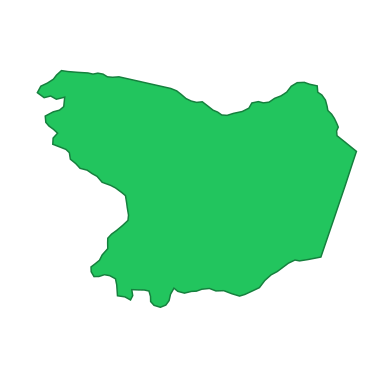 Bananeiras, Paraíba, Brazil, rotated 274°
{"feature_id": "56859067B72565003837618", "entity_name": "Bananeiras", "entity_type": "district", "adm_level": 2, "iso_a3": "BRA", "parent_name": "Brazil", "parent_adm1": "Paraíba", "projection": "natural_earth1", "projection_center": [-35.597, -6.693], "detail": "fine", "context": "isolated", "style": "filled", "palette": "green", "viewbox_px": 384, "rotation_deg": 274, "n_neighbors": 0, "source": "geoboundaries", "source_scale": "gbopen_adm2", "svg_char_len": 1844}
<svg xmlns="http://www.w3.org/2000/svg" viewBox="0 0 384 384"><g transform="rotate(274 192 192)"><path d="M301.8,111.1L300.9,104.8L301.0,99.6L303.4,95.0L304.0,89.8L302.7,85.0L303.5,79.9L303.4,69.7L303.5,59.9L304.0,53.3L299.2,48.7L294.9,45.9L290.6,40.2L287.0,33.8L280.3,30.8L275.8,37.9L277.9,44.3L275.1,50.2L277.7,58.4L268.2,58.1L264.4,54.1L262.3,48.0L257.5,40.3L251.3,41.3L247.9,44.6L244.8,49.5L241.3,53.8L236.1,49.7L229.9,49.8L227.9,56.3L225.7,63.3L222.7,66.9L216.2,68.4L212.2,74.1L207.8,78.7L206.5,85.8L203.3,91.2L201.0,96.2L195.4,101.7L193.0,110.1L190.8,115.3L186.6,121.9L183.7,125.9L176.0,127.7L172.0,128.5L164.5,130.3L159.2,130.1L154.1,125.4L148.5,119.6L144.4,114.7L140.0,111.2L135.4,111.4L129.6,111.9L123.0,106.8L117.5,104.5L113.8,100.6L110.2,96.5L105.4,97.0L100.8,100.1L101.2,105.0L103.4,110.4L102.8,115.8L100.1,121.7L94.1,123.4L83.3,124.9L82.7,132.4L80.0,138.2L84.5,140.1L90.4,138.7L90.6,145.2L90.9,151.3L90.2,156.0L84.9,157.9L79.8,158.4L76.3,162.0L74.8,168.5L77.4,173.8L82.0,176.7L88.5,177.7L94.8,180.7L91.9,184.8L90.6,191.5L92.8,198.4L93.4,203.3L95.7,208.6L97.0,216.1L95.0,222.7L95.8,230.6L93.3,238.8L91.5,246.7L93.5,251.9L97.2,258.6L101.3,265.9L108.8,270.8L114.9,276.7L118.6,282.6L127.7,293.1L131.3,299.4L130.8,304.1L132.8,312.8L136.1,325.1L177.3,336.0L186.1,338.3L208.9,344.3L231.2,349.9L244.0,353.2L258.3,332.7L263.0,332.0L266.9,333.4L270.9,331.4L275.3,328.9L279.3,325.9L282.8,321.8L286.9,320.8L293.0,318.7L297.8,314.8L300.3,310.5L306.6,309.5L307.7,301.8L309.2,296.4L308.4,289.3L304.4,283.6L298.2,279.5L294.1,274.1L291.2,267.9L287.0,262.6L285.9,257.0L286.8,251.9L285.0,245.5L279.6,242.9L275.8,236.5L273.3,227.8L270.9,221.7L270.9,216.3L273.5,212.0L275.1,207.3L278.9,201.7L282.7,196.0L281.7,190.3L282.7,184.8L284.8,179.5L288.1,175.1L291.8,169.7L293.8,163.6L301.8,111.1Z" fill="#22c55e" stroke="#15803d" stroke-width="1.5"/></g></svg>